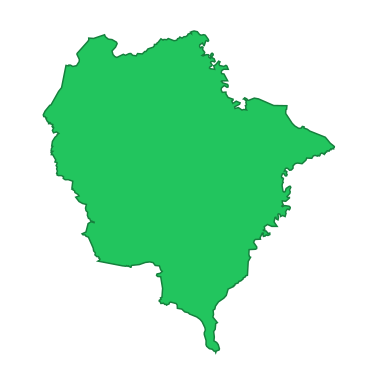 the district of Mueang Khon Kaen, Khon Kaen, Thailand, rotated 357°
{"feature_id": "78962969B54788642666507", "entity_name": "Mueang Khon Kaen", "entity_type": "district", "adm_level": 2, "iso_a3": "THA", "parent_name": "Thailand", "parent_adm1": "Khon Kaen", "projection": "albers", "projection_center": [102.826, 16.427], "detail": "fine", "context": "isolated", "style": "filled", "palette": "green", "viewbox_px": 384, "rotation_deg": 357, "n_neighbors": 0, "source": "geoboundaries", "source_scale": "gbopen_adm2", "svg_char_len": 5914}
<svg xmlns="http://www.w3.org/2000/svg" viewBox="0 0 384 384"><g transform="rotate(357 192 192)"><path d="M80.0,228.0L80.8,229.0L83.1,229.3L83.7,230.5L86.2,231.7L90.4,242.8L90.7,245.7L92.3,247.7L91.8,249.7L93.7,251.6L95.0,251.6L95.8,252.6L95.6,253.4L96.6,254.2L96.0,255.3L94.5,256.1L118.7,262.1L122.3,262.7L122.8,262.1L124.2,262.9L124.6,262.4L126.6,263.9L127.3,263.8L127.6,262.3L128.4,262.1L135.6,261.7L141.8,259.9L146.3,259.6L149.5,260.5L151.4,263.4L155.6,264.1L156.7,268.2L158.1,269.7L156.0,271.5L152.8,272.0L152.2,273.3L153.1,274.5L156.3,275.0L157.6,286.7L156.5,295.4L155.0,296.1L155.5,297.4L153.6,298.5L153.6,299.4L154.3,299.7L155.1,301.7L157.8,301.6L158.9,302.8L160.3,302.8L160.6,303.6L163.3,302.5L163.7,301.3L164.9,300.8L170.4,302.6L171.3,304.1L171.3,307.4L175.7,308.4L178.4,311.3L182.0,312.4L183.1,313.7L190.2,317.0L193.4,319.6L195.3,322.1L197.8,328.2L198.1,330.6L196.9,333.1L196.8,335.0L198.3,341.1L198.0,345.2L198.6,346.9L201.2,349.4L204.0,350.1L205.6,352.0L206.9,352.3L207.3,353.6L207.9,352.1L210.7,351.2L211.2,350.1L210.2,345.8L208.8,343.6L206.1,341.8L206.7,338.0L206.3,332.5L208.0,330.2L208.8,324.6L210.5,323.8L206.3,318.0L207.1,315.5L206.9,311.2L208.7,310.1L209.4,307.3L212.7,303.1L218.2,299.7L220.8,297.1L223.0,290.8L228.7,288.5L228.5,287.9L229.9,287.3L230.3,286.1L233.4,285.2L234.3,283.6L235.9,283.4L238.4,281.6L238.7,280.5L240.6,279.7L241.4,278.4L243.0,278.1L244.5,264.3L247.1,260.2L246.0,259.6L245.5,257.1L246.0,252.5L252.4,252.5L253.6,251.9L253.8,250.3L250.9,245.6L251.8,243.5L252.8,242.7L257.9,242.7L257.6,241.2L260.1,236.7L261.1,236.9L260.5,238.2L261.0,240.1L263.0,239.7L263.8,238.8L265.5,239.4L267.5,238.6L267.5,237.1L265.6,237.3L264.2,235.0L261.3,234.1L261.3,233.6L262.7,233.4L262.4,230.4L265.7,228.4L269.9,230.5L275.2,230.8L272.4,226.2L273.5,221.8L274.4,221.6L274.9,223.4L276.4,224.3L277.0,222.3L276.6,218.8L277.5,218.3L278.8,218.9L279.1,221.1L281.2,220.2L283.7,221.4L284.8,218.2L284.3,216.8L286.1,214.2L286.9,214.0L288.1,214.9L289.0,213.9L289.3,212.4L288.2,211.3L283.9,210.4L281.6,211.4L281.0,210.8L282.4,209.4L281.6,207.3L281.7,205.6L285.1,206.2L289.0,203.1L289.0,202.5L287.2,202.4L286.6,201.5L289.6,198.6L290.1,196.9L289.5,195.1L290.9,192.6L290.5,191.5L289.5,191.4L286.2,193.4L285.0,196.5L283.9,196.9L282.9,196.1L282.3,190.2L282.8,188.1L283.6,187.3L283.1,185.9L284.0,183.7L283.4,182.6L282.4,182.5L282.2,180.9L283.3,178.4L284.5,178.3L286.1,180.8L287.3,180.8L287.9,179.5L287.2,178.2L287.8,176.7L286.7,175.8L285.4,175.9L286.5,173.5L287.3,173.1L288.8,173.4L290.6,175.4L292.4,175.2L294.1,173.6L294.3,171.1L296.7,169.0L299.0,168.6L303.4,169.5L307.4,166.2L308.3,164.1L313.4,164.6L315.1,162.2L317.0,161.9L319.1,162.7L319.8,162.0L320.8,162.7L321.6,162.3L322.3,160.5L323.8,159.9L326.0,161.3L326.2,160.4L327.0,160.5L327.3,159.4L328.6,159.1L329.2,157.9L331.0,158.4L331.7,157.2L333.1,157.0L333.0,156.2L335.3,156.3L335.0,155.8L336.3,155.2L336.5,154.0L332.6,150.5L328.0,144.3L312.8,137.3L310.5,135.4L307.3,134.1L307.3,132.7L305.6,132.3L304.4,133.9L302.0,134.1L298.2,131.5L295.6,128.6L289.7,118.5L289.9,115.8L290.2,114.5L290.8,114.3L291.3,110.8L278.1,109.9L263.3,102.5L259.1,101.5L253.5,103.4L252.4,103.2L251.6,101.9L249.6,100.7L248.3,101.8L249.7,102.2L250.0,103.2L251.0,103.7L250.5,105.6L251.0,107.8L249.8,108.6L250.3,110.1L250.0,111.3L250.8,112.9L248.0,112.3L246.2,112.8L242.7,110.1L239.3,110.9L239.0,109.2L244.1,106.8L244.7,105.5L240.9,103.6L237.5,105.7L236.4,103.2L237.7,102.5L237.9,101.5L233.0,99.5L231.1,95.9L231.1,94.0L227.5,94.1L226.4,91.5L226.9,89.6L229.7,87.4L232.5,89.3L233.5,89.0L233.6,87.3L233.1,86.4L228.5,84.7L227.1,83.0L227.8,82.6L233.4,82.8L230.1,75.8L227.9,75.4L227.5,74.3L228.0,72.3L230.2,71.1L234.6,71.4L233.5,68.1L232.5,67.3L230.4,68.3L226.2,67.1L225.6,65.7L226.8,63.5L225.5,62.7L222.0,66.4L220.3,67.0L221.1,70.7L216.6,69.8L215.9,69.1L216.2,68.2L218.3,67.0L218.8,66.1L217.3,63.9L217.5,63.1L219.2,62.5L221.2,63.3L221.9,62.7L221.1,60.1L218.9,58.8L219.1,57.6L220.4,56.2L220.2,55.1L219.3,54.4L218.4,55.0L217.6,56.8L218.0,59.0L217.4,59.6L215.8,58.2L216.1,56.3L215.4,55.7L213.3,55.6L210.2,56.7L209.1,56.2L211.5,54.7L212.0,53.2L210.0,50.2L210.6,48.0L209.5,47.5L208.4,48.5L207.8,48.4L207.2,47.1L207.4,45.4L210.3,43.8L211.2,46.0L211.9,46.3L213.6,42.0L214.3,41.6L215.8,42.4L216.5,41.8L216.3,40.5L213.5,36.1L211.9,35.5L209.2,35.9L207.7,35.0L205.7,32.2L202.5,31.3L199.7,31.9L199.8,33.1L199.1,32.8L199.4,33.7L198.8,33.2L196.2,34.2L195.7,35.4L194.0,36.5L192.1,36.5L190.1,37.8L188.0,36.6L186.8,38.0L185.7,38.1L184.6,39.7L182.0,40.0L176.3,37.5L174.8,38.6L172.0,38.2L171.0,38.8L169.0,37.4L165.9,40.9L164.8,41.5L164.4,42.6L162.2,42.7L162.0,44.1L160.9,45.3L155.5,46.8L153.4,49.3L152.2,49.2L149.6,51.5L144.9,50.9L143.4,53.1L139.9,52.4L138.2,50.5L136.5,50.5L132.7,52.0L130.6,50.9L124.0,53.7L122.0,52.7L120.3,50.6L119.5,47.0L123.2,43.4L125.0,40.0L124.4,38.4L120.1,35.6L116.5,35.0L113.6,32.4L112.9,30.4L101.8,33.5L96.9,32.9L96.9,34.6L96.0,36.0L84.5,47.6L84.3,48.5L86.4,53.6L86.2,55.8L83.3,59.8L79.5,60.4L77.4,59.0L75.7,58.8L75.5,59.6L72.8,59.0L67.2,81.0L64.1,84.5L55.8,97.6L54.5,98.0L49.5,103.5L47.5,107.2L47.9,108.9L49.2,109.0L49.7,110.3L50.6,110.6L50.1,111.4L51.4,114.2L52.4,114.8L52.4,116.0L53.1,115.5L53.6,116.3L54.3,115.7L54.6,116.7L56.5,117.3L55.8,119.1L56.6,119.3L56.2,120.1L57.2,120.7L55.8,123.2L56.8,125.7L59.8,124.9L62.0,126.6L60.4,127.5L60.1,128.6L58.0,130.2L55.3,134.1L54.3,138.8L55.3,139.2L54.0,141.0L53.4,143.7L55.1,144.1L53.4,145.4L54.1,146.0L53.5,147.3L54.9,147.5L57.6,152.8L56.7,154.8L58.7,155.5L58.7,156.6L57.7,158.6L58.7,160.0L58.0,161.8L58.7,164.0L57.8,166.4L58.5,166.7L58.1,167.8L59.3,168.6L62.6,168.8L64.5,170.0L64.1,171.7L66.0,173.1L69.2,173.2L73.5,175.0L72.3,181.8L73.0,182.4L72.3,182.9L74.8,184.7L75.1,186.4L78.2,188.6L79.0,190.0L75.6,191.1L78.7,195.6L82.2,197.8L85.9,198.9L84.8,202.5L85.2,205.1L86.7,206.7L86.3,209.8L87.3,213.0L88.3,213.1L89.2,215.3L92.8,217.0L92.6,217.5L89.7,216.4L86.6,218.1L84.0,226.4L80.0,228.0Z" fill="#22c55e" stroke="#15803d" stroke-width="1.5"/></g></svg>